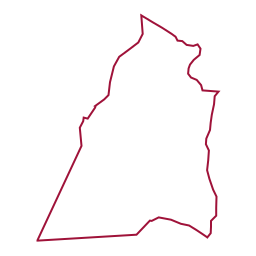 Kristinehamn, Värmland, Sweden (Albers equal-area conic projection)
{"feature_id": "70781695B91017717929133", "entity_name": "Kristinehamn", "entity_type": "district", "adm_level": 2, "iso_a3": "SWE", "parent_name": "Sweden", "parent_adm1": "Värmland", "projection": "albers", "projection_center": [14.142, 59.269], "detail": "fine", "context": "isolated", "style": "outline", "palette": "rose", "viewbox_px": 256, "rotation_deg": 0, "n_neighbors": 0, "source": "geoboundaries", "source_scale": "gbopen_adm2", "svg_char_len": 937}
<svg xmlns="http://www.w3.org/2000/svg" viewBox="0 0 256 256"><path d="M37.5,240.6L37.9,240.6L136.5,234.7L149.9,220.6L151.7,220.9L158.7,217.4L171.0,219.7L180.9,223.8L189.1,225.5L196.7,230.2L202.4,234.0L207.1,237.2L207.3,237.4L210.7,233.2L211.0,226.9L211.0,220.9L216.2,215.7L216.2,207.8L216.5,196.6L213.1,189.6L209.4,178.8L207.1,170.2L208.2,160.5L208.9,150.5L205.9,144.2L206.3,138.6L210.0,130.0L210.7,122.6L211.8,114.8L214.0,104.4L214.1,103.5L214.7,96.2L218.5,91.6L202.5,90.4L201.1,85.1L196.7,79.9L191.0,77.5L188.1,73.7L188.6,68.4L190.0,64.6L193.8,59.8L199.6,55.0L200.5,48.7L197.6,44.4L193.3,45.9L186.6,44.9L182.3,41.1L177.5,40.6L175.6,36.8L171.8,34.0L162.0,27.7L153.1,22.5L141.3,15.4L142.7,33.9L138.3,42.5L128.8,49.7L119.2,56.8L113.9,66.4L110.0,82.2L108.5,95.1L104.2,99.4L95.3,105.9L95.6,106.0L95.1,107.6L87.7,118.6L83.7,117.6L83.2,121.2L79.8,127.7L81.5,145.9L37.5,240.2L37.5,240.6Z" fill="none" stroke="#9f1239" stroke-width="2"/></svg>